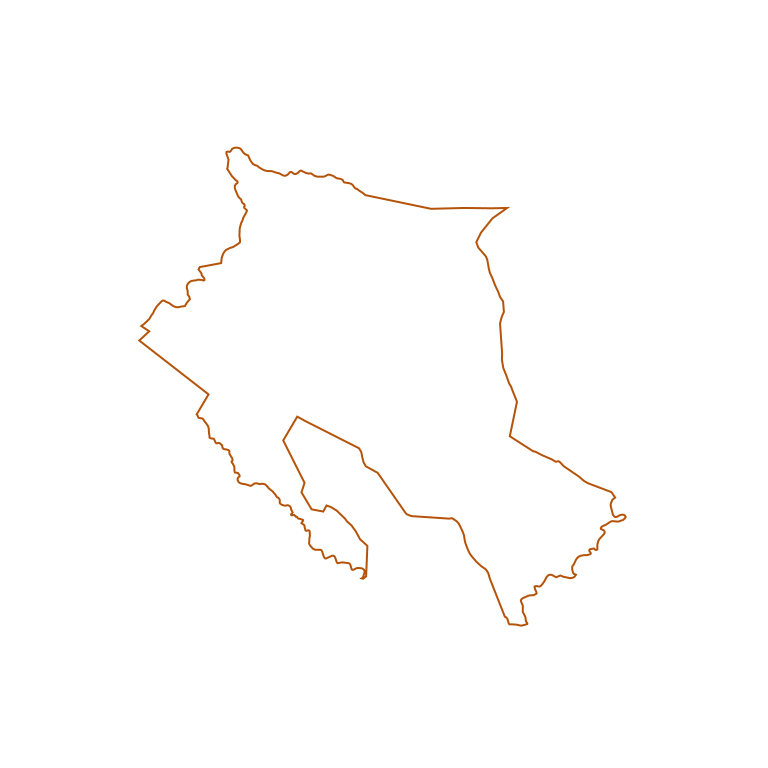 La Paz, La Paz, Honduras (Albers equal-area conic projection), rotated 61°
{"feature_id": "27666195B4973342406625", "entity_name": "La Paz", "entity_type": "district", "adm_level": 2, "iso_a3": "HND", "parent_name": "Honduras", "parent_adm1": "La Paz", "projection": "albers", "projection_center": [-87.743, 14.31], "detail": "fine", "context": "isolated", "style": "outline", "palette": "amber", "viewbox_px": 768, "rotation_deg": 61, "n_neighbors": 0, "source": "geoboundaries", "source_scale": "gbopen_adm2", "svg_char_len": 6165}
<svg xmlns="http://www.w3.org/2000/svg" viewBox="0 0 768 768"><g transform="rotate(61 384 384)"><path d="M595.4,236.9L588.8,237.5L569.7,253.7L565.9,256.0L559.4,258.4L543.2,266.6L537.0,268.2L536.1,268.9L535.4,271.2L535.0,271.7L531.7,273.5L522.7,280.4L516.6,284.4L515.2,286.1L490.7,299.3L464.0,276.3L449.1,274.4L448.5,274.1L444.3,274.3L435.3,272.8L427.8,271.9L419.9,269.1L414.8,266.0L387.8,253.4L387.1,253.0L382.2,248.3L379.1,244.2L369.5,239.8L364.4,240.3L358.5,239.4L351.7,239.0L344.0,237.9L338.2,237.5L334.3,236.5L325.6,233.5L321.9,233.0L310.5,235.4L304.7,234.5L298.6,225.7L291.7,208.9L289.7,191.0L282.6,204.5L268.6,229.1L253.6,257.9L209.7,308.8L206.9,309.8L202.8,312.0L200.3,313.0L199.5,313.9L198.7,314.4L194.9,314.9L193.1,315.6L191.1,317.5L188.4,321.1L187.7,321.3L185.7,321.2L184.7,321.7L183.5,322.6L181.0,325.7L177.6,327.4L175.2,329.5L174.1,330.8L173.8,331.6L173.7,334.9L173.4,336.2L170.4,341.7L168.5,343.7L164.6,345.6L164.0,346.4L163.6,347.6L161.8,349.8L157.0,353.2L156.9,354.3L157.6,357.1L157.6,359.1L156.8,360.7L153.9,362.1L153.3,362.8L153.2,363.9L154.2,366.7L154.2,367.6L154.1,369.0L153.5,370.3L152.8,371.0L148.6,373.8L147.1,375.6L144.1,378.3L143.0,379.5L141.7,382.1L140.0,384.1L138.5,385.5L136.5,386.8L134.1,388.2L131.9,389.0L129.4,391.1L128.2,391.9L126.7,392.2L123.1,392.5L118.3,392.0L115.4,394.3L112.2,395.0L109.2,395.3L107.7,396.0L105.8,398.3L104.8,400.6L104.7,402.8L105.9,404.9L106.2,405.8L106.0,406.6L105.0,408.0L104.6,409.1L105.2,409.7L106.4,410.2L112.4,411.2L119.1,416.1L119.7,416.8L128.1,416.3L133.8,414.9L135.0,414.2L135.8,414.0L136.6,414.2L137.2,414.8L137.4,416.8L138.4,418.5L139.9,419.3L142.2,419.9L149.1,420.6L151.4,420.2L153.2,419.5L155.5,420.0L157.2,420.0L158.5,419.2L159.5,419.1L160.6,419.4L161.3,420.6L162.3,420.8L165.2,419.8L165.8,419.8L166.7,420.6L170.4,426.5L171.9,428.0L174.1,431.0L177.0,433.9L178.2,434.9L184.4,438.7L188.0,440.0L190.2,441.2L190.6,443.0L191.0,448.2L191.0,449.8L190.4,452.5L190.2,455.1L190.2,457.1L190.6,458.8L191.9,461.2L194.3,464.1L195.4,465.1L199.3,467.8L192.4,488.5L193.9,490.7L198.0,490.1L199.4,490.2L200.7,490.7L204.4,490.0L205.4,490.2L205.9,490.5L206.1,491.0L206.0,491.7L204.5,493.1L202.5,496.3L202.3,497.8L200.5,502.4L200.5,504.6L201.1,506.8L202.6,508.8L204.7,510.1L207.3,510.5L210.7,512.4L213.1,512.0L215.7,512.6L217.2,516.8L219.3,520.4L217.8,524.3L217.2,526.6L216.0,528.6L213.7,530.6L209.2,532.6L206.3,534.9L204.5,535.8L203.8,536.9L203.9,538.7L205.7,544.4L206.3,545.7L208.4,549.4L210.1,551.6L211.1,554.0L213.4,557.9L215.1,564.5L215.6,568.2L224.1,563.8L227.3,577.0L308.0,542.5L319.8,562.6L320.7,562.3L322.7,562.6L323.9,562.4L325.8,559.9L327.0,559.2L329.5,559.1L332.4,558.6L335.7,558.3L338.0,558.9L342.4,561.0L344.6,561.7L346.1,562.5L346.6,562.6L347.8,561.6L349.0,559.8L349.4,559.5L350.3,559.4L353.5,559.7L354.3,559.5L355.0,558.8L355.2,557.4L356.0,556.5L359.0,555.3L361.3,556.1L362.8,555.9L363.5,555.4L364.5,554.0L366.4,552.1L367.3,551.8L368.1,551.9L369.0,552.6L370.6,553.0L376.0,552.8L377.5,553.6L377.8,554.7L378.3,555.1L380.8,554.9L383.9,555.0L387.4,556.9L388.7,557.3L389.3,557.2L390.8,555.0L393.0,554.6L394.0,554.7L394.7,555.0L395.1,556.9L396.0,558.1L397.2,558.6L399.4,558.7L400.4,558.2L402.2,556.8L404.7,553.6L408.4,550.1L408.6,549.0L408.2,545.9L408.5,544.7L409.3,543.2L411.0,541.7L412.3,538.7L413.8,536.9L415.5,536.1L419.7,535.3L423.9,533.5L427.9,532.7L430.8,532.5L432.4,531.6L433.4,531.3L434.6,531.3L437.7,532.9L438.4,532.8L440.0,532.0L441.6,530.6L442.8,528.9L443.1,527.6L443.4,526.9L444.2,526.2L445.3,525.6L446.4,525.4L449.3,526.1L452.0,526.1L452.5,526.9L452.9,528.4L453.5,528.7L454.0,528.4L454.9,526.2L456.2,525.6L457.3,525.5L457.6,524.8L458.0,524.5L459.1,524.5L459.9,524.3L463.4,520.8L463.9,520.7L464.3,521.0L465.6,523.6L469.1,522.1L470.9,522.9L473.9,523.6L474.7,523.2L475.5,520.7L476.2,520.4L477.1,520.6L481.1,522.5L482.4,523.8L487.4,526.9L488.9,527.0L493.4,526.1L495.7,524.5L498.2,520.0L499.1,519.3L500.6,519.3L506.0,520.4L507.2,520.3L508.1,520.0L508.5,519.2L509.0,512.8L509.7,511.5L510.4,511.0L511.5,510.8L517.0,511.7L518.2,511.5L519.7,507.1L523.3,502.1L524.2,501.3L524.9,501.1L526.4,501.2L530.1,502.1L531.1,501.8L531.7,500.6L531.7,498.1L532.1,496.3L534.0,493.3L535.1,492.2L536.9,491.5L538.1,491.7L539.4,492.4L542.6,495.7L543.0,496.5L543.1,497.8L544.2,496.7L543.6,492.9L517.5,477.0L508.2,480.2L499.5,480.1L492.0,481.0L486.1,483.0L482.7,483.4L471.7,486.8L465.7,490.2L462.4,493.2L466.1,499.0L458.5,508.1L438.8,508.7L431.9,501.4L384.5,499.5L370.5,475.7L379.3,470.1L428.1,437.0L431.4,436.9L433.4,437.1L436.5,438.2L442.4,439.8L447.2,439.8L458.6,432.6L507.9,427.6L509.4,426.9L511.8,425.0L513.2,423.5L533.4,392.2L534.3,389.6L538.6,387.3L540.3,386.7L542.7,386.3L549.2,386.6L552.7,387.0L555.1,387.4L560.5,389.4L563.0,390.0L568.9,390.9L573.7,391.2L577.1,390.8L583.8,389.5L590.4,387.3L595.1,385.0L596.9,384.6L599.9,384.5L605.6,385.8L646.0,391.1L647.3,390.3L649.0,389.9L654.0,391.0L654.7,390.9L655.3,390.5L656.0,389.0L658.5,385.1L661.9,381.1L662.8,378.0L663.4,375.1L663.1,374.8L662.5,374.7L660.4,374.9L656.3,373.3L650.5,373.1L645.3,370.1L640.2,369.5L639.3,368.8L638.8,367.9L638.6,366.2L639.2,360.3L639.6,358.8L641.2,355.6L641.3,352.7L641.0,352.0L640.4,351.7L636.3,351.3L634.2,350.6L634.2,349.8L634.5,348.9L636.5,346.3L636.6,344.8L635.7,342.2L634.1,339.0L631.6,335.3L631.1,333.6L630.9,332.4L631.4,331.1L632.3,329.8L636.5,327.1L637.0,322.6L639.6,320.5L644.0,315.4L644.9,313.2L645.1,311.2L643.9,308.6L643.4,308.8L642.3,309.9L640.8,310.2L637.4,309.3L635.4,308.2L634.4,307.1L634.0,305.7L631.0,301.6L629.8,299.3L629.4,297.4L629.6,295.1L630.7,292.0L632.2,289.2L632.9,286.1L632.6,285.4L632.0,285.1L631.3,285.1L630.1,285.4L629.1,285.2L628.6,284.7L628.4,283.8L629.5,280.5L629.9,280.0L631.0,279.8L631.8,279.2L632.2,278.4L632.1,277.6L627.7,275.1L625.2,272.7L624.1,270.9L621.9,264.3L621.1,263.1L620.0,262.6L618.8,262.6L615.9,264.6L615.1,264.1L614.4,262.9L614.3,261.4L614.7,258.4L614.3,253.6L614.3,251.7L614.8,250.5L617.6,246.4L618.1,245.1L618.8,240.7L618.3,238.5L617.8,237.5L617.1,237.0L615.7,237.1L614.6,237.8L613.8,238.9L613.4,239.9L613.1,241.6L613.1,244.6L612.7,245.6L612.3,246.3L611.5,246.8L609.5,247.2L600.7,244.9L599.3,244.2L598.0,242.9L595.9,240.2L595.4,236.9Z" fill="none" stroke="#b45309" stroke-width="2"/></g></svg>